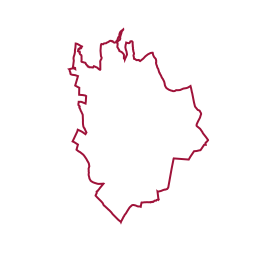 Coseiu, Salaj, Romania (Robinson projection), rotated 111°
{"feature_id": "2599482B83775863976208", "entity_name": "Coseiu", "entity_type": "district", "adm_level": 2, "iso_a3": "ROU", "parent_name": "Romania", "parent_adm1": "Salaj", "projection": "robinson", "projection_center": [23.002, 47.332], "detail": "fine", "context": "isolated", "style": "outline", "palette": "rose", "viewbox_px": 256, "rotation_deg": 111, "n_neighbors": 0, "source": "geoboundaries", "source_scale": "gbopen_adm2", "svg_char_len": 5667}
<svg xmlns="http://www.w3.org/2000/svg" viewBox="0 0 256 256"><g transform="rotate(111 128 128)"><path d="M202.8,134.0L203.0,133.5L203.6,132.4L204.8,129.7L206.1,126.7L206.9,125.2L207.1,124.8L208.9,122.9L209.2,121.8L210.0,119.8L210.8,117.8L211.2,117.0L211.4,116.2L212.7,113.4L213.9,111.5L217.2,104.2L218.2,101.0L218.3,100.9L217.1,100.9L216.2,100.7L212.3,100.3L211.8,100.1L210.5,100.0L208.3,99.3L205.8,98.9L201.9,98.1L201.3,97.9L198.7,96.6L198.1,95.8L197.9,95.3L197.6,93.2L197.7,91.2L197.6,90.3L197.2,89.5L197.0,88.6L197.0,87.9L193.2,88.6L192.7,88.6L192.5,87.9L191.5,86.1L190.3,83.3L189.8,81.7L188.9,80.1L189.1,80.0L188.6,79.3L188.5,79.2L188.0,78.6L187.9,78.4L188.1,78.2L187.9,77.9L186.4,77.2L185.9,76.3L185.8,75.8L185.2,75.6L184.8,75.3L183.8,74.1L184.0,73.8L183.7,73.7L182.9,74.4L182.2,74.8L176.7,77.7L176.8,77.4L176.6,77.1L175.0,74.7L173.1,72.7L172.5,71.8L172.2,71.5L172.1,71.0L170.8,69.5L169.1,69.1L150.3,72.7L140.4,74.4L140.0,74.4L135.7,60.0L132.5,59.5L126.0,58.0L124.9,55.7L123.1,53.1L122.9,52.6L122.5,52.3L116.4,50.9L116.2,50.6L115.8,49.4L114.4,50.3L113.6,50.1L112.5,49.5L110.7,48.9L110.5,49.0L108.7,51.7L106.2,55.9L105.5,56.8L105.2,57.0L102.9,60.4L101.7,64.1L101.3,64.8L100.8,65.0L99.9,65.2L96.7,65.0L92.5,64.5L90.2,64.7L88.9,64.7L88.4,64.9L87.9,65.3L87.6,65.7L86.2,67.3L86.1,67.9L86.1,69.4L84.1,72.9L83.7,73.3L80.4,75.6L72.4,80.6L71.8,81.1L68.5,83.2L66.4,84.7L68.6,86.4L69.7,87.6L71.1,90.0L71.4,90.5L73.8,92.9L74.2,93.6L75.0,95.3L75.4,96.6L76.4,97.3L77.0,98.1L77.4,99.0L77.5,99.5L77.4,100.2L77.6,100.9L77.6,102.6L77.6,103.5L77.2,105.5L76.8,106.7L75.5,108.3L74.5,109.1L73.4,109.7L71.7,110.9L69.7,113.1L69.3,113.8L68.4,114.9L67.3,115.9L65.6,118.0L65.1,118.3L65.0,118.7L61.9,121.1L61.1,122.2L60.2,122.9L59.7,123.2L58.9,124.0L57.7,124.9L56.9,125.3L56.5,125.2L55.5,125.7L55.2,125.7L54.7,126.1L53.8,126.6L53.3,127.3L52.4,129.0L52.0,129.5L50.8,130.7L49.6,131.5L49.0,131.8L48.9,131.9L49.0,132.3L49.9,133.8L52.1,135.8L54.9,137.5L57.7,138.6L61.2,140.7L61.1,141.4L60.6,142.1L60.6,142.3L61.1,143.3L61.6,144.4L61.2,145.9L61.1,146.4L61.3,147.0L60.7,147.5L59.7,147.9L58.6,148.8L57.4,149.0L56.7,148.9L56.3,149.1L55.4,149.7L54.9,150.2L53.8,150.9L53.3,151.0L53.1,151.2L53.0,151.4L52.9,151.5L52.6,151.5L51.6,152.1L51.2,152.1L51.0,152.3L50.5,152.5L50.2,152.8L49.6,152.9L48.9,153.4L48.6,153.4L46.5,154.4L46.2,154.4L45.9,154.8L45.6,155.5L46.0,156.4L46.3,156.8L47.5,156.9L47.9,157.0L48.3,157.3L48.5,157.5L48.8,159.1L48.9,160.3L49.7,160.1L51.3,160.0L53.6,159.4L55.5,158.2L57.0,156.9L59.3,155.5L60.0,155.2L61.0,155.4L61.9,155.3L63.7,155.5L65.2,155.5L64.7,155.8L64.6,156.7L64.5,156.8L61.1,158.0L60.5,158.7L59.5,160.7L59.3,161.8L59.2,163.6L59.1,163.8L58.2,164.3L58.1,164.7L57.5,165.3L56.2,167.0L53.1,167.8L52.5,168.6L51.9,168.7L50.9,168.5L50.6,168.4L49.6,168.1L49.1,167.5L48.4,167.2L47.9,167.2L47.1,167.3L46.3,167.8L44.9,168.0L41.6,168.2L40.6,168.4L40.0,168.4L37.9,167.7L37.7,167.8L39.7,168.9L40.2,169.3L41.5,169.7L42.4,169.7L43.7,169.6L45.1,169.0L45.4,169.0L46.2,169.4L47.1,169.6L47.6,169.4L48.1,169.6L48.6,169.5L48.8,169.4L49.2,169.1L50.4,169.8L50.9,169.7L51.2,169.9L51.4,169.9L51.5,170.0L52.0,170.0L52.4,170.1L53.0,171.1L53.2,171.3L53.2,171.5L53.2,171.8L52.9,172.9L52.5,173.3L52.5,173.5L52.8,173.8L52.7,174.0L52.8,174.1L52.8,174.6L52.7,174.7L52.7,175.0L52.9,175.3L52.9,175.6L53.0,175.9L53.7,176.5L54.5,177.0L55.3,177.7L55.8,178.3L56.6,178.7L57.1,179.6L57.5,180.4L57.9,180.9L58.8,181.3L59.1,182.9L60.3,183.0L65.6,181.4L70.6,179.0L71.8,177.8L72.1,177.7L73.1,177.6L74.8,177.9L76.2,177.7L77.1,177.2L83.3,174.8L83.7,175.0L83.5,176.4L82.7,178.2L82.5,181.9L82.5,182.0L84.1,182.4L84.6,184.4L85.2,186.0L84.8,186.7L84.9,186.9L84.7,187.6L84.9,187.8L84.7,188.0L84.3,188.2L84.0,189.1L83.5,190.1L82.8,190.6L82.5,191.2L82.4,191.6L82.5,192.0L82.6,192.3L82.6,193.2L82.8,194.4L82.8,195.0L82.7,195.2L82.4,195.4L80.6,195.9L79.0,196.6L77.6,197.1L76.8,197.6L76.7,197.8L76.6,198.1L76.4,199.0L75.7,199.9L74.7,200.0L74.1,200.4L74.3,200.7L74.4,201.3L74.3,201.7L74.2,202.2L73.5,202.2L73.3,202.4L73.0,202.4L72.6,202.2L72.7,202.4L72.4,202.6L72.2,202.6L71.5,202.2L71.3,202.0L70.9,201.8L70.5,201.4L70.3,201.3L70.2,200.9L70.4,200.5L70.2,200.4L70.0,200.6L69.7,200.7L69.3,200.6L68.6,200.1L68.4,200.1L68.3,201.9L68.0,203.1L67.7,205.3L67.7,206.1L67.9,207.1L71.8,205.9L74.4,205.4L76.3,204.7L78.6,204.3L80.9,204.2L81.9,204.0L82.8,203.7L84.6,202.7L87.2,202.1L87.9,201.9L91.0,201.2L91.0,200.9L90.9,198.9L91.9,198.4L91.8,199.0L91.8,199.7L92.0,200.6L92.2,201.1L94.2,204.0L94.4,203.5L94.9,203.2L95.5,202.9L95.7,202.7L96.1,202.5L96.3,202.3L96.5,201.9L96.9,201.6L97.5,201.4L97.9,201.2L98.3,200.8L98.3,200.4L98.3,199.1L98.0,197.9L97.6,196.2L97.5,193.3L107.3,192.5L107.7,189.9L107.9,187.9L113.0,186.1L114.5,185.5L113.4,181.8L113.0,179.5L113.2,178.5L118.4,176.9L120.4,176.4L120.3,180.5L120.4,181.3L121.2,183.4L122.1,183.1L122.7,183.1L124.2,182.6L124.4,182.4L125.1,180.9L125.5,180.7L126.0,180.9L126.4,180.7L126.7,180.4L127.1,179.8L129.0,178.1L129.5,177.4L130.4,176.6L130.7,176.2L131.9,175.0L137.7,172.5L138.2,172.4L140.5,171.4L142.6,170.2L143.6,169.2L144.0,168.3L144.3,168.2L147.1,165.2L149.0,165.5L148.1,169.1L147.8,171.1L147.6,174.3L149.5,174.1L160.4,174.9L160.5,173.1L161.4,168.8L166.7,168.3L167.0,167.4L167.5,165.8L167.7,164.1L168.9,160.3L169.6,159.0L171.1,156.8L172.2,155.3L172.9,154.6L173.8,153.4L174.9,152.1L175.4,151.7L177.6,150.4L180.2,150.2L181.6,149.5L182.8,149.1L183.5,148.6L185.2,148.2L186.0,147.9L188.7,146.0L189.0,145.9L190.3,144.3L190.6,144.0L190.9,143.0L191.2,141.2L191.2,139.5L191.0,136.5L190.7,135.3L189.2,131.9L188.7,131.0L188.7,130.9L194.0,132.7L195.9,133.2L196.8,133.6L197.6,133.7L198.3,134.4L198.8,134.5L199.5,134.0L199.8,133.9L202.6,134.1L202.8,134.0Z" fill="none" stroke="#9f1239" stroke-width="2"/></g></svg>